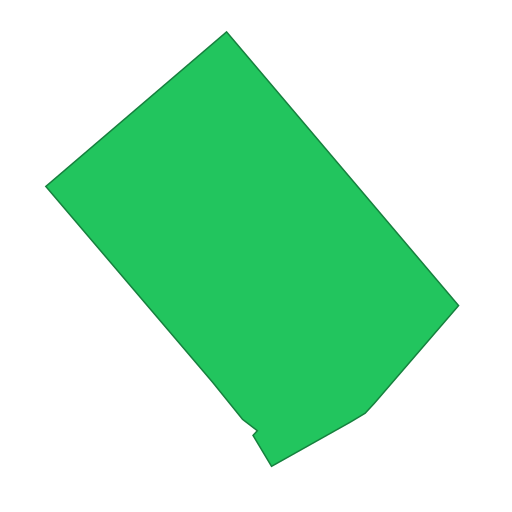 outline of Riyadh, Nouakchott, Mauritania, rotated 230°
{"feature_id": "47542326B18524078593640", "entity_name": "Riyadh", "entity_type": "district", "adm_level": 2, "iso_a3": "MRT", "parent_name": "Mauritania", "parent_adm1": "Nouakchott", "projection": "orthographic", "projection_center": [-15.955, 18.004], "detail": "fine", "context": "isolated", "style": "filled", "palette": "green", "viewbox_px": 512, "rotation_deg": 230, "n_neighbors": 0, "source": "geoboundaries", "source_scale": "gbopen_adm2", "svg_char_len": 309}
<svg xmlns="http://www.w3.org/2000/svg" viewBox="0 0 512 512"><g transform="rotate(230 256 256)"><path d="M84.9,132.7L68.0,222.2L65.4,238.6L67.1,252.0L87.8,379.3L446.6,377.5L444.4,139.7L187.8,141.6L139.5,140.7L121.3,144.7L120.5,138.4L84.9,132.7Z" fill="#22c55e" stroke="#15803d" stroke-width="1.5"/></g></svg>